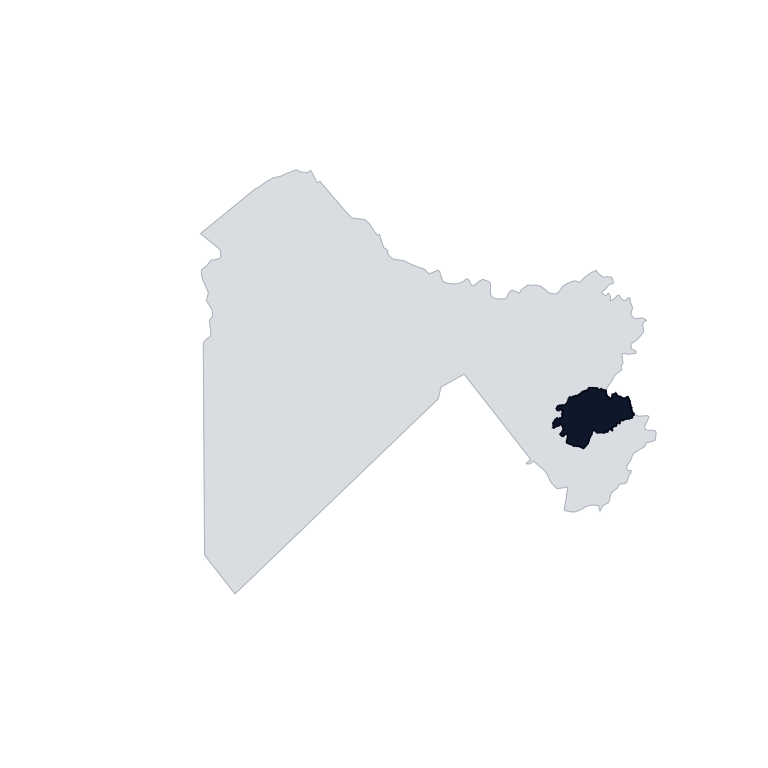 Kita, Kayes, Mali (highlighted), rotated 232°
{"feature_id": "8926073B18522946307375", "entity_name": "Kita", "entity_type": "district", "adm_level": 2, "iso_a3": "MLI", "parent_name": "Mali", "parent_adm1": "Kayes", "projection": "natural_earth1", "projection_center": [-9.401, 13.202], "detail": "fine", "context": "in_parent", "style": "filled", "palette": "ink", "viewbox_px": 768, "rotation_deg": 232, "n_neighbors": 0, "source": "geoboundaries", "source_scale": "gbopen_adm2", "svg_char_len": 9641}
<svg xmlns="http://www.w3.org/2000/svg" viewBox="0 0 768 768"><g transform="rotate(232 384 384)"><path d="M175.9,555.7L176.1,553.3L174.2,551.5L174.2,550.7L175.2,543.4L175.2,541.6L175.9,537.9L174.7,536.3L174.4,535.1L171.5,530.4L170.5,526.4L169.0,523.7L165.5,522.9L164.2,525.1L163.4,525.5L162.1,523.9L161.6,522.5L161.7,521.3L157.2,515.0L157.5,511.7L159.2,509.9L159.8,507.0L158.2,503.7L158.4,500.4L158.2,496.0L155.6,492.1L153.8,490.3L152.3,487.6L153.5,481.3L150.9,476.0L155.8,478.1L158.2,476.1L160.5,473.4L162.4,469.8L163.3,465.4L163.7,461.5L165.7,455.5L168.1,452.7L173.0,448.5L174.3,448.9L182.4,457.8L186.9,462.3L188.6,464.6L190.1,464.7L192.4,460.3L194.7,456.5L195.7,455.6L203.8,455.1L208.0,455.8L211.8,456.9L217.1,457.2L231.1,454.4L231.3,452.7L231.1,450.6L231.7,449.0L232.8,447.5L233.8,447.2L234.2,452.2L235.4,453.0L238.7,453.2L342.4,453.2L346.5,427.1L338.9,417.6L310.3,137.3L359.5,137.3L368.0,143.7L527.7,266.9L528.6,270.9L528.5,276.4L529.7,278.1L532.0,279.8L541.1,285.1L541.8,286.1L542.2,288.3L543.3,291.0L545.2,292.5L547.5,293.7L550.2,294.5L558.4,295.3L560.1,296.6L563.7,301.4L565.7,302.4L576.7,305.0L580.3,306.3L584.2,308.6L586.3,310.6L586.4,318.2L588.0,323.2L588.0,324.4L586.3,326.4L585.9,327.9L584.0,331.8L584.4,333.4L588.3,336.4L590.2,337.2L592.4,337.2L615.5,332.1L617.1,403.4L616.3,404.5L615.9,417.1L614.3,424.6L611.4,430.1L609.6,438.3L608.5,439.9L607.8,444.6L606.1,447.3L603.1,448.4L597.8,453.6L597.4,457.8L584.8,455.5L584.0,455.6L583.4,456.1L583.2,458.3L550.9,459.6L535.1,460.6L525.3,470.2L518.8,471.2L510.7,470.4L506.6,470.3L504.9,470.9L504.6,472.6L491.8,467.7L487.0,469.2L486.2,468.7L485.6,467.7L483.2,467.1L479.6,467.3L476.9,468.1L468.8,475.6L464.4,477.6L456.3,482.1L450.6,486.0L448.6,486.7L445.4,486.9L442.8,487.7L440.5,496.4L438.9,497.2L429.1,493.7L427.1,494.3L425.4,495.3L420.0,500.4L417.4,504.5L415.9,509.9L416.2,513.5L415.3,514.5L412.8,514.8L408.2,513.7L406.8,514.2L406.2,516.8L406.4,522.7L405.4,526.7L402.7,527.9L400.7,529.5L399.0,529.9L397.6,529.6L389.7,523.6L387.1,522.7L384.1,523.3L381.3,525.8L376.3,532.1L376.8,534.3L378.3,536.8L379.3,540.0L379.2,542.8L372.1,546.9L373.7,549.9L373.6,558.0L370.3,561.6L369.1,564.0L366.0,566.6L363.2,568.1L354.4,570.2L350.9,572.8L349.3,574.9L348.9,577.1L349.2,579.7L351.0,585.0L350.4,589.8L349.0,595.5L347.7,598.0L343.6,600.9L344.2,604.6L344.6,609.9L344.0,616.7L342.7,621.3L341.8,620.9L337.9,621.1L333.6,622.5L332.1,623.7L331.8,625.3L328.2,629.0L325.9,628.7L323.6,627.7L322.4,626.8L322.3,626.2L323.7,623.2L323.7,622.2L322.3,616.9L322.6,615.6L322.0,611.6L321.7,611.4L317.0,613.2L316.8,613.9L317.6,616.5L317.1,616.9L315.4,616.8L313.1,616.0L310.5,613.7L309.9,614.4L309.6,616.3L309.5,618.5L310.1,622.4L309.4,623.9L305.5,623.6L302.1,624.1L301.3,625.5L301.0,627.1L301.8,628.8L301.6,629.6L300.2,630.7L299.6,630.6L297.7,628.7L290.4,626.8L289.8,624.2L288.9,624.1L286.5,620.9L285.6,621.0L284.7,621.5L281.9,621.3L279.4,624.1L277.6,627.6L275.6,629.3L272.5,630.0L273.0,627.8L272.1,624.8L265.7,620.9L264.7,619.3L263.0,610.6L263.1,608.0L263.5,605.7L263.3,604.0L262.6,602.6L260.7,601.3L258.7,600.7L256.2,602.4L255.0,602.7L253.9,602.6L253.3,602.0L253.4,601.1L256.1,596.4L257.4,594.5L260.1,592.2L260.8,591.0L260.9,590.1L260.6,589.5L258.8,588.6L256.0,586.5L254.6,586.2L253.3,585.2L252.0,581.8L251.4,581.2L250.0,580.8L248.8,580.0L248.9,571.7L246.2,565.6L243.8,557.7L242.6,555.8L240.4,554.2L237.7,553.1L235.3,552.9L232.5,553.7L232.6,554.5L234.1,557.0L234.4,558.4L234.1,559.8L233.6,560.7L230.0,561.6L225.1,564.4L223.5,567.7L222.4,568.2L220.5,567.7L207.6,562.1L202.1,564.6L198.6,569.5L197.8,571.1L196.1,572.5L195.2,572.5L194.3,571.6L190.5,564.1L188.9,562.4L186.8,562.3L185.1,563.5L183.3,566.0L181.0,568.3L179.6,569.0L178.3,568.6L173.0,563.6L172.7,562.6L175.1,556.6L175.9,555.7Z" fill="#d9dde1" stroke="#a8b0b8" stroke-width="1"/><path d="M208.1,541.4L208.6,541.6L208.9,542.1L208.9,542.3L208.7,542.4L208.9,542.8L209.2,543.0L210.0,543.2L210.1,543.4L210.0,543.8L209.3,544.0L209.1,544.6L208.6,545.2L207.7,545.3L207.7,545.8L207.8,546.0L208.6,545.9L209.0,546.4L209.0,546.8L208.9,547.3L209.3,548.6L208.7,549.4L208.1,549.7L208.3,550.0L208.1,550.6L207.8,550.9L207.9,551.3L207.8,551.5L208.0,552.2L207.2,553.0L206.5,554.6L205.9,555.1L205.7,555.6L205.3,555.9L205.7,557.3L205.5,557.9L204.8,557.9L204.6,558.1L204.5,558.3L204.5,558.8L204.8,559.2L204.9,559.3L205.4,558.9L205.6,559.0L205.6,560.4L205.9,560.6L205.7,561.0L205.8,561.5L205.6,561.8L206.2,562.1L206.3,561.8L206.5,562.0L206.8,562.9L207.2,562.8L207.3,562.2L207.7,562.2L207.8,562.4L208.0,562.2L208.3,562.1L208.2,562.5L208.4,562.7L209.0,562.4L209.3,562.6L209.9,562.5L210.0,563.0L210.3,563.1L210.5,563.0L210.9,563.4L211.4,563.5L211.7,563.3L212.1,563.5L212.5,563.4L212.8,563.2L213.0,563.5L212.7,563.6L212.6,564.3L213.1,564.3L213.1,564.5L213.4,564.3L213.4,564.7L213.6,564.7L213.6,564.2L213.8,564.5L214.1,564.4L214.7,565.0L215.0,564.9L215.4,565.0L215.7,565.5L215.8,565.4L216.0,565.8L216.5,565.9L216.6,565.7L217.1,566.1L217.8,565.9L218.1,566.8L218.3,566.9L218.5,567.2L219.0,567.5L219.6,567.3L220.3,567.5L220.6,567.2L221.3,567.6L221.3,567.9L221.6,568.1L222.2,568.1L222.6,568.3L223.5,568.5L224.0,568.3L224.2,568.1L224.1,567.2L224.4,567.1L224.6,566.5L224.5,565.2L224.8,564.5L225.0,564.4L225.4,563.8L225.6,563.8L225.7,563.5L226.3,563.5L226.4,563.3L226.6,563.3L227.5,562.8L227.9,563.0L228.6,562.9L228.8,562.3L229.7,561.7L230.0,560.9L230.3,560.7L230.8,560.8L231.0,560.7L231.3,560.9L231.8,560.6L232.2,560.6L232.4,560.9L232.6,560.7L233.2,561.1L233.6,560.9L233.6,561.0L234.1,561.1L233.9,560.7L234.1,560.2L234.3,560.4L234.6,560.0L234.6,558.7L234.9,558.5L235.1,558.0L234.9,557.9L234.9,557.6L235.3,557.3L235.1,557.2L234.6,557.0L234.1,556.7L234.1,556.1L233.9,555.9L233.7,555.8L233.6,555.4L233.3,555.4L232.9,555.1L232.9,554.4L232.7,554.3L232.4,554.5L232.2,554.1L232.3,553.7L232.8,553.4L233.3,553.3L233.3,552.9L233.5,552.6L234.1,552.8L234.3,553.3L234.5,553.3L234.6,552.8L234.8,552.5L235.7,553.1L236.0,552.7L236.6,552.5L237.7,552.8L239.3,553.0L240.0,553.4L240.2,553.8L240.6,553.9L241.4,554.7L242.5,555.0L245.2,552.6L246.4,551.7L246.6,552.1L247.2,550.4L247.4,549.3L248.0,549.0L248.3,549.0L248.9,549.2L249.1,549.7L249.8,549.6L249.9,549.3L250.4,548.9L250.9,548.0L251.2,547.8L251.2,547.3L252.0,546.6L252.6,546.4L252.7,545.8L253.2,545.4L253.4,544.8L253.7,544.8L253.9,544.4L254.1,544.4L254.7,543.7L254.7,543.2L255.0,542.9L254.6,542.1L254.3,542.2L254.2,542.0L254.1,541.6L253.8,541.2L253.9,540.9L253.5,540.6L253.8,540.3L253.8,540.1L254.5,539.9L254.4,539.4L254.2,539.3L254.1,539.0L254.2,538.5L254.7,538.2L255.0,538.3L255.3,537.9L255.2,537.2L255.4,536.8L255.7,536.5L255.5,536.3L255.8,535.8L255.6,535.3L255.9,534.7L255.7,534.6L255.4,533.4L255.2,533.3L255.2,532.7L255.4,532.7L255.3,532.4L255.4,532.0L255.8,532.0L255.9,531.7L255.8,531.1L255.5,530.8L255.7,530.6L255.9,529.9L255.8,529.4L256.0,529.1L256.0,528.6L256.4,528.4L256.3,528.2L257.0,527.8L256.8,527.3L257.2,527.1L257.3,526.6L257.1,526.7L256.8,526.2L257.5,525.6L257.5,525.1L257.3,524.8L257.5,524.7L257.9,524.9L257.9,524.2L257.7,524.0L257.6,523.8L258.3,523.0L258.6,522.9L258.7,523.1L259.3,522.9L259.3,522.5L259.1,522.3L259.0,522.5L259.0,521.8L259.3,521.7L258.9,521.2L259.0,520.9L258.9,520.5L258.6,520.3L258.8,519.9L257.8,519.2L257.6,518.9L257.6,518.5L257.5,518.1L256.4,517.3L256.2,517.0L256.7,516.9L256.5,515.8L256.5,515.3L256.4,515.0L256.3,514.3L256.3,513.6L256.6,512.9L256.6,512.5L256.8,512.6L257.3,511.7L257.6,511.7L257.7,511.4L258.0,511.4L258.0,510.1L258.5,509.9L258.4,509.6L258.6,509.3L259.0,509.4L259.0,508.9L259.2,509.0L259.4,508.6L259.0,507.5L259.7,507.5L259.8,507.3L259.6,507.0L259.0,506.6L259.3,506.0L258.7,505.1L258.6,504.6L258.5,504.4L258.2,504.4L257.7,504.8L257.0,504.2L256.4,504.3L256.0,504.9L255.4,505.3L255.8,505.6L255.9,506.0L255.7,506.4L255.1,506.9L255.0,507.4L255.4,507.4L255.7,507.2L255.9,507.4L255.5,507.7L255.5,507.9L255.1,508.3L254.2,508.5L253.5,507.6L253.3,507.6L253.2,507.9L252.6,508.2L252.4,508.0L252.2,508.1L252.2,507.9L251.8,507.2L251.3,507.2L251.1,506.9L251.2,506.5L250.9,506.2L251.1,505.6L250.9,505.6L250.9,505.8L250.6,506.1L250.2,506.2L250.2,505.9L249.8,505.3L249.8,505.0L249.7,504.9L249.5,505.1L249.0,504.8L248.8,504.6L248.7,504.0L248.3,504.0L248.4,504.3L248.1,504.1L247.8,503.7L247.8,503.3L247.6,503.0L248.1,502.8L248.5,502.3L248.2,502.0L248.2,501.8L248.4,501.8L248.8,501.4L249.0,501.4L248.8,500.7L248.7,499.2L248.9,499.1L249.7,499.3L250.3,499.8L250.9,499.4L250.5,498.0L250.7,497.2L250.7,496.3L250.6,496.1L250.3,496.1L250.0,495.8L250.0,495.5L249.5,494.8L249.6,494.2L248.9,494.0L249.0,493.7L249.4,493.2L249.0,492.8L248.2,493.1L248.1,492.4L247.9,492.3L247.8,492.5L247.2,492.6L247.2,491.6L246.6,491.4L246.1,491.4L245.8,491.1L245.7,490.1L244.6,490.8L244.5,491.0L244.7,491.7L244.4,492.5L244.7,493.3L244.6,493.8L243.8,494.7L243.3,496.6L244.3,497.8L244.1,498.4L240.5,498.4L239.3,498.0L238.1,497.2L236.9,495.0L236.5,493.8L236.5,492.7L236.0,491.7L234.6,491.7L232.7,492.4L232.4,493.3L232.4,494.4L232.8,495.6L232.8,496.4L231.9,497.1L230.6,496.9L229.2,495.9L226.0,492.0L225.0,491.7L220.5,494.4L220.0,495.3L219.5,495.4L219.1,495.0L218.2,495.0L218.0,495.8L217.3,496.8L216.8,496.9L216.8,497.3L216.4,497.2L215.8,498.1L215.7,498.5L215.1,498.9L212.9,500.2L210.6,501.2L210.3,502.1L211.5,508.3L212.5,509.6L213.4,511.2L214.4,512.2L215.2,514.2L215.9,515.4L216.4,517.1L217.8,518.1L217.9,518.7L218.7,519.9L218.6,520.3L218.8,520.6L218.7,521.0L215.8,521.5L214.5,521.9L214.1,521.8L212.6,524.4L211.1,526.3L210.2,526.7L209.7,527.7L209.4,530.0L208.7,530.2L208.4,530.7L208.9,531.5L209.3,532.8L209.6,534.3L209.1,534.7L207.2,534.8L206.6,535.0L206.6,535.4L207.5,536.0L208.1,535.9L208.7,536.1L208.8,538.8L209.0,540.4L208.9,540.6L208.9,540.2L208.3,540.2L207.9,540.9L208.1,541.2L208.1,541.4Z" fill="#0f172a" stroke="#020617" stroke-width="1.5"/></g></svg>